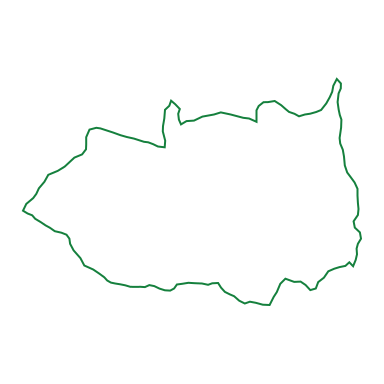 the district of Tupi Paulista, São Paulo, Brazil
{"feature_id": "56859067B94686209364934", "entity_name": "Tupi Paulista", "entity_type": "district", "adm_level": 2, "iso_a3": "BRA", "parent_name": "Brazil", "parent_adm1": "São Paulo", "projection": "robinson", "projection_center": [-51.584, -21.384], "detail": "fine", "context": "isolated", "style": "outline", "palette": "green", "viewbox_px": 384, "rotation_deg": 0, "n_neighbors": 0, "source": "geoboundaries", "source_scale": "gbopen_adm2", "svg_char_len": 2068}
<svg xmlns="http://www.w3.org/2000/svg" viewBox="0 0 384 384"><path d="M353.1,266.2L355.7,259.9L357.0,254.3L356.6,248.6L357.9,243.8L361.0,238.7L359.9,232.4L354.8,227.6L353.6,221.3L357.9,215.0L358.5,209.0L357.9,202.9L357.5,195.6L357.5,188.8L354.6,182.5L350.5,176.9L347.2,172.5L344.8,165.4L344.0,156.6L342.8,149.7L340.2,143.5L339.6,138.0L340.4,132.5L341.1,127.6L341.4,119.6L339.8,115.0L338.7,109.8L337.6,102.1L338.6,93.4L340.8,88.4L340.9,83.5L336.8,79.0L333.3,85.8L332.2,91.8L329.8,97.1L326.3,103.4L321.1,110.0L316.2,112.0L310.2,113.7L304.9,114.5L299.0,116.3L294.5,113.8L289.0,111.9L285.5,109.0L281.2,105.2L274.7,101.0L268.0,102.1L263.5,102.2L258.7,106.0L256.5,110.3L256.5,121.8L249.1,118.5L243.2,117.8L237.5,116.3L230.7,114.5L220.8,112.4L214.0,114.5L202.4,116.6L194.0,120.6L186.5,121.1L181.0,124.4L178.9,119.6L178.2,113.8L179.8,109.0L175.2,104.2L171.1,100.7L169.3,105.8L165.0,109.8L164.3,118.5L163.0,126.1L162.8,131.4L165.2,140.7L164.7,147.3L157.9,146.5L153.2,144.2L148.2,142.3L144.0,141.8L134.0,138.6L126.8,137.0L120.5,135.2L113.0,132.5L100.4,128.4L96.3,127.8L89.5,129.6L86.2,137.2L86.2,144.4L86.0,149.3L82.1,154.4L74.4,157.6L64.7,166.6L57.7,170.9L48.3,174.8L44.4,181.8L38.9,188.3L36.3,193.9L33.2,198.1L26.3,203.9L23.0,210.7L27.6,213.5L32.2,215.3L35.2,218.8L40.7,222.1L45.6,225.4L49.8,227.7L54.8,231.2L61.4,232.7L66.5,234.7L69.4,238.7L70.1,243.8L73.6,250.4L80.4,258.1L84.3,265.5L93.2,269.5L99.1,273.5L104.3,277.3L107.2,280.5L110.9,282.6L115.2,283.5L120.2,284.3L125.2,285.3L130.3,286.8L135.8,286.9L140.5,286.8L144.9,287.1L149.3,285.1L154.3,286.1L159.5,288.6L164.9,290.3L170.2,290.6L174.1,288.5L176.9,284.5L182.2,283.8L188.4,282.8L194.8,283.2L202.0,283.5L208.1,284.8L212.2,283.3L218.1,283.0L221.0,287.6L224.9,291.9L229.9,294.4L234.1,296.2L239.2,300.7L244.8,303.5L249.9,301.7L255.8,302.8L262.8,304.7L269.6,305.0L273.7,296.9L276.8,292.1L280.3,283.8L285.4,278.7L294.2,281.9L300.6,281.6L305.6,285.0L310.3,290.1L315.8,288.5L318.2,282.1L323.9,277.7L328.3,271.3L334.3,268.7L339.5,267.1L345.4,265.9L349.3,262.3L353.1,266.2Z" fill="none" stroke="#15803d" stroke-width="2"/></svg>